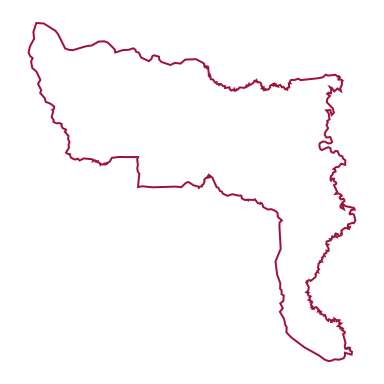 the district of Phrasaeng, Surat Thani, Thailand
{"feature_id": "78962969B2036250841951", "entity_name": "Phrasaeng", "entity_type": "district", "adm_level": 2, "iso_a3": "THA", "parent_name": "Thailand", "parent_adm1": "Surat Thani", "projection": "mercator", "projection_center": [99.157, 8.509], "detail": "fine", "context": "isolated", "style": "outline", "palette": "rose", "viewbox_px": 384, "rotation_deg": 0, "n_neighbors": 0, "source": "geoboundaries", "source_scale": "gbopen_adm2", "svg_char_len": 5902}
<svg xmlns="http://www.w3.org/2000/svg" viewBox="0 0 384 384"><path d="M282.8,308.2L279.9,311.8L284.0,318.7L285.3,324.9L286.7,327.2L286.4,332.3L291.1,337.3L304.2,347.2L319.2,355.6L324.8,359.7L328.4,361.0L331.5,360.7L334.6,359.3L339.1,359.7L343.7,358.2L345.0,355.6L344.9,352.8L351.6,354.6L352.0,351.8L349.9,350.5L349.9,347.7L348.1,347.6L348.1,348.4L347.1,348.1L346.7,349.0L345.2,348.6L344.7,346.4L345.5,343.0L343.1,334.1L344.7,333.2L344.8,331.9L342.0,330.1L343.0,328.8L342.3,328.0L340.3,328.5L340.3,326.8L337.9,326.1L341.1,323.4L339.2,323.1L339.5,320.2L338.2,320.1L336.1,321.9L337.0,320.4L334.3,318.5L334.2,320.9L332.8,320.0L332.1,321.8L331.0,321.9L331.1,320.3L328.9,319.3L328.2,320.8L326.5,319.3L325.1,315.2L323.9,315.6L323.7,314.8L320.5,313.9L321.0,312.0L319.8,312.3L320.1,311.2L319.3,310.6L318.1,311.2L318.6,309.5L316.2,307.0L314.1,308.1L313.4,307.6L313.7,308.8L312.5,308.9L312.8,307.9L311.5,307.5L313.1,306.1L311.9,306.5L310.9,304.9L311.9,302.6L310.8,302.4L311.6,301.5L308.9,300.1L310.0,299.6L309.4,297.9L310.6,296.4L308.5,295.6L307.8,294.0L308.6,292.8L306.4,292.2L308.3,290.5L308.8,287.2L306.4,282.6L307.4,282.1L306.8,281.3L309.1,280.0L310.7,280.9L315.4,277.1L316.0,275.1L315.4,274.2L317.1,272.0L318.1,272.3L317.5,270.8L319.1,269.3L318.0,267.9L318.6,263.6L320.1,262.4L319.9,261.3L322.1,261.6L321.5,260.4L322.6,258.3L322.1,257.6L323.6,255.9L324.7,256.2L324.2,253.9L326.5,252.8L326.5,250.6L328.5,250.9L328.7,248.9L327.0,245.3L328.0,244.6L326.3,244.2L326.6,241.5L330.6,240.3L330.0,239.1L331.6,239.0L332.2,236.4L333.7,237.2L334.6,236.1L336.5,236.9L335.1,234.2L335.7,233.5L338.0,234.3L338.5,236.1L340.7,235.6L341.5,234.8L341.0,233.7L341.9,233.6L341.4,230.5L345.1,227.9L349.2,229.0L349.9,226.8L347.7,227.0L348.0,224.4L352.4,222.9L353.7,223.3L355.4,220.5L354.0,214.7L352.4,213.9L349.9,214.3L349.5,213.4L351.3,209.9L354.7,209.6L353.9,207.9L345.3,206.1L343.6,204.5L342.6,205.8L343.8,209.2L340.6,207.4L340.4,205.9L342.5,202.5L344.4,201.2L344.3,199.8L343.4,198.8L340.9,199.4L339.7,198.2L339.7,197.0L341.7,196.0L341.3,194.9L338.5,193.4L335.5,193.9L337.1,191.7L334.0,185.1L336.2,183.8L336.2,182.6L333.7,180.8L334.0,178.7L332.2,178.6L331.0,180.6L330.5,180.0L330.9,176.2L332.6,174.5L333.1,172.6L335.6,171.5L335.1,169.8L333.5,169.1L335.9,167.2L338.7,166.8L341.2,163.7L345.2,164.9L345.3,160.2L343.2,158.8L342.3,156.3L339.4,155.3L337.6,151.2L335.3,151.0L333.7,152.8L332.4,152.5L330.9,151.5L330.4,148.2L328.1,147.2L321.8,150.1L320.2,148.9L319.4,146.1L319.7,143.3L322.8,141.6L325.1,141.7L328.2,143.4L330.7,143.2L332.1,142.1L330.3,137.1L326.3,137.5L324.7,134.8L325.2,132.3L328.1,128.2L326.5,125.1L327.7,122.7L327.2,121.1L329.5,119.3L328.7,113.5L326.3,110.3L330.3,110.1L331.6,115.0L333.9,112.8L332.7,108.3L326.9,102.3L327.3,98.8L329.9,95.9L327.2,93.9L328.4,92.7L331.0,93.3L331.3,89.2L329.9,87.0L331.7,87.8L334.3,91.4L337.4,88.5L340.9,91.1L340.3,88.1L342.0,84.6L341.7,81.8L342.6,80.8L341.1,79.5L338.5,79.6L338.4,78.1L339.8,77.3L339.0,76.2L337.1,76.2L335.4,74.8L328.0,75.6L325.8,74.7L322.6,77.4L316.7,78.4L300.6,80.1L298.4,78.7L294.5,80.0L291.6,79.9L290.5,80.4L289.6,82.7L290.2,83.3L288.8,83.4L289.2,87.3L287.5,87.8L287.3,89.6L286.3,88.9L285.3,89.4L283.4,86.8L281.9,87.3L280.3,85.0L277.4,85.8L277.8,86.5L276.1,86.1L275.8,84.6L274.6,85.7L275.3,84.4L274.5,83.8L273.6,85.7L272.2,85.1L272.5,84.4L270.1,85.8L270.2,87.2L268.6,89.3L264.7,90.1L265.0,89.4L264.0,89.7L263.9,88.8L263.6,89.4L261.7,88.4L262.8,86.9L261.3,85.6L261.1,83.4L259.6,82.2L257.4,82.3L257.2,81.3L255.9,81.3L256.0,80.5L255.0,81.4L254.4,80.9L253.2,83.0L249.9,85.0L249.1,83.9L248.4,85.7L246.7,85.3L246.6,86.9L245.8,86.6L244.6,87.9L239.8,87.4L237.6,89.7L236.6,89.3L235.9,90.6L234.9,90.6L234.2,89.1L233.8,90.2L233.3,89.7L231.5,90.6L229.8,89.3L229.4,87.3L225.0,88.0L224.9,86.1L223.1,86.2L221.1,84.1L219.3,84.9L219.3,84.0L217.3,84.2L216.5,83.5L216.6,82.1L215.0,82.5L213.0,79.5L210.8,79.2L210.3,76.1L209.6,76.7L208.7,75.7L209.5,74.0L208.7,73.5L208.2,67.4L207.2,68.0L207.2,66.7L206.0,67.1L205.7,66.1L204.6,66.8L203.9,63.4L196.1,59.2L185.2,59.6L180.5,63.6L174.8,62.9L170.4,65.0L161.5,62.0L159.2,59.6L159.0,56.7L154.0,55.3L152.5,56.0L151.3,59.1L148.9,61.1L141.2,57.6L138.8,52.7L136.0,51.7L135.3,49.6L133.3,48.3L128.6,49.8L122.8,50.1L115.3,52.5L114.8,49.5L108.0,42.7L104.4,41.3L98.6,41.6L91.7,45.5L85.8,46.3L73.0,50.1L69.2,49.9L65.2,48.5L58.1,34.2L55.5,30.9L43.8,23.5L36.3,23.0L33.4,32.0L34.1,38.7L29.9,46.6L28.6,52.5L30.0,55.9L32.6,58.1L31.1,61.6L32.3,68.0L36.5,71.7L40.4,79.9L38.0,83.8L41.2,90.2L40.2,93.0L44.7,98.1L45.7,101.8L50.6,103.8L54.1,106.5L54.1,108.7L52.3,109.9L53.2,111.3L51.6,117.2L53.6,119.9L53.4,121.8L56.3,123.3L59.4,123.1L61.7,124.0L61.4,125.7L62.8,128.3L65.8,129.4L66.1,130.2L64.8,131.7L68.5,136.0L68.1,139.0L69.5,142.2L68.5,145.2L69.0,147.7L66.0,152.6L68.5,154.3L69.9,154.1L70.7,157.4L73.5,159.1L75.6,159.5L77.9,158.7L79.6,160.5L83.8,158.4L92.4,159.3L93.4,160.2L93.1,160.9L94.4,160.2L96.0,160.8L95.7,161.5L97.7,161.2L97.5,162.2L99.5,162.8L100.5,164.8L101.4,163.4L101.2,164.2L103.7,164.5L104.2,163.6L105.2,164.5L106.6,164.0L106.5,162.9L107.7,163.1L109.9,161.3L111.8,157.9L118.2,157.0L138.1,157.1L137.2,159.5L137.9,165.3L137.2,168.2L137.8,171.6L139.3,173.7L138.0,187.0L142.4,186.3L152.7,187.3L175.6,186.6L181.3,187.2L186.0,182.8L188.5,182.0L193.5,185.3L198.2,186.6L198.9,187.9L200.2,186.4L201.9,186.4L202.1,185.0L203.5,184.2L204.6,181.2L204.1,180.1L205.5,178.2L209.1,177.4L207.6,176.5L208.9,174.8L212.4,177.7L216.6,187.2L218.3,187.7L220.0,191.0L221.8,191.6L222.9,193.7L227.5,195.8L232.3,194.2L238.9,195.7L240.4,195.4L241.4,195.9L241.8,198.4L245.2,200.1L247.5,199.7L248.2,200.5L249.0,199.7L253.7,200.0L254.9,199.3L257.8,203.1L260.0,203.8L260.5,202.8L262.1,203.7L263.3,207.1L267.8,209.5L271.4,209.2L275.6,211.0L277.5,212.9L277.9,217.0L281.9,220.4L279.6,222.5L279.4,226.2L280.7,248.8L275.5,261.5L277.1,274.5L280.3,283.3L280.1,288.8L281.6,290.4L281.6,294.3L283.7,295.4L283.3,301.1L280.3,303.4L282.8,308.2Z" fill="none" stroke="#9f1239" stroke-width="2"/></svg>